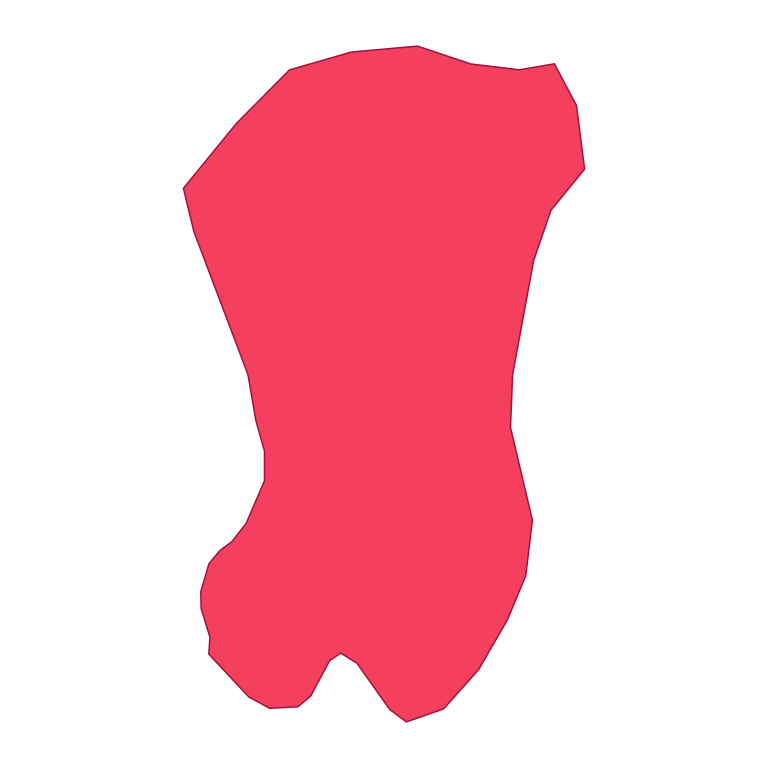 the District of Dragaš
{"feature_id": "KOS-5909", "entity_name": "Dragaš", "entity_type": "District", "adm_level": 1, "iso_a3": "XKX", "parent_name": "Kosovo", "parent_adm1": "", "projection": "albers", "projection_center": [20.657, 41.99], "detail": "fine", "context": "isolated", "style": "filled", "palette": "rose", "viewbox_px": 768, "rotation_deg": 0, "n_neighbors": 0, "source": "natural_earth", "source_scale": "10m", "svg_char_len": 666}
<svg xmlns="http://www.w3.org/2000/svg" viewBox="0 0 768 768"><path d="M208.8,654.1L209.9,637.1L201.1,608.4L200.8,591.6L209.0,563.6L219.6,550.8L232.1,541.4L246.2,523.2L264.5,480.7L264.5,451.2L255.9,420.7L247.9,374.4L193.9,231.7L183.4,188.3L236.4,123.4L289.5,69.9L351.3,52.0L417.5,46.1L470.5,63.9L519.1,69.8L554.4,63.8L576.5,105.5L584.6,169.1L551.0,210.2L533.7,260.3L512.6,374.8L510.5,427.5L527.2,498.2L532.4,520.1L526.7,568.1L525.7,576.0L507.5,619.6L478.8,669.4L463.4,686.7L443.6,708.9L406.4,721.9L389.8,709.6L356.9,663.2L340.7,653.1L329.6,660.7L310.8,695.9L297.9,706.8L269.7,708.3L248.8,697.0L208.8,654.1Z" fill="#f43f5e" stroke="#9f1239" stroke-width="1.5"/></svg>